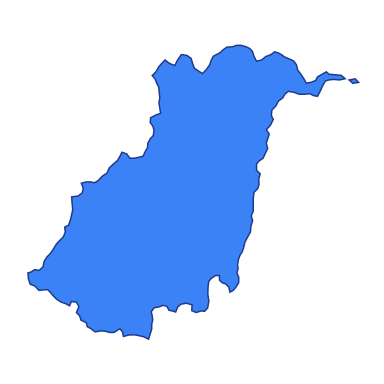 outline of Araponga, Minas Gerais, Brazil, rotated 185°
{"feature_id": "56859067B49785283687690", "entity_name": "Araponga", "entity_type": "district", "adm_level": 2, "iso_a3": "BRA", "parent_name": "Brazil", "parent_adm1": "Minas Gerais", "projection": "natural_earth1", "projection_center": [-42.51, -20.667], "detail": "fine", "context": "isolated", "style": "filled", "palette": "blue", "viewbox_px": 384, "rotation_deg": 185, "n_neighbors": 0, "source": "geoboundaries", "source_scale": "gbopen_adm2", "svg_char_len": 2993}
<svg xmlns="http://www.w3.org/2000/svg" viewBox="0 0 384 384"><g transform="rotate(185 192 192)"><path d="M313.0,71.0L308.0,69.7L304.1,68.0L302.6,72.3L297.6,72.3L294.7,68.0L296.6,61.8L293.1,58.8L291.4,54.6L286.0,52.6L284.5,48.6L281.0,47.2L276.3,44.2L271.1,45.6L266.6,45.8L261.9,44.9L257.4,45.3L251.9,49.6L249.1,46.6L247.7,42.1L242.4,44.1L236.5,44.7L231.8,44.2L227.5,43.6L222.4,41.6L221.4,46.6L220.2,51.7L220.6,56.5L220.0,61.1L220.8,65.1L222.2,69.2L219.5,73.4L214.6,74.7L211.0,76.6L207.1,75.9L204.5,72.1L201.1,71.8L197.8,71.0L196.2,76.2L193.2,79.3L188.0,80.7L182.1,79.6L181.9,73.8L177.4,72.3L172.4,74.4L169.1,74.2L166.3,77.8L165.7,84.7L167.4,91.9L167.7,98.6L167.6,104.3L165.1,107.8L161.3,110.8L157.5,111.2L156.8,106.5L154.0,104.2L150.4,103.3L147.1,100.5L145.5,95.6L142.4,97.5L139.7,101.4L137.6,105.7L138.0,111.2L140.3,115.4L139.4,119.6L140.3,123.4L139.9,128.6L138.7,133.1L136.9,136.5L135.7,141.0L134.9,146.7L132.7,151.9L130.3,157.2L130.3,163.1L129.1,168.8L130.9,173.3L129.3,178.4L129.8,184.0L130.4,190.9L130.2,197.1L126.8,201.2L125.9,205.3L126.6,210.6L125.7,216.1L129.5,219.1L130.2,225.3L128.0,228.7L124.2,231.7L122.0,237.8L120.4,241.8L122.3,247.2L121.0,252.5L120.1,256.4L123.4,260.5L119.7,265.4L117.4,271.3L119.6,275.0L119.6,280.5L116.0,285.0L113.8,290.2L109.8,293.6L107.9,297.7L104.8,300.7L99.2,300.2L93.6,298.7L87.3,299.4L82.9,300.2L79.7,298.7L75.4,298.2L73.2,303.2L70.9,309.7L68.7,314.3L64.6,315.8L60.4,316.5L54.9,316.5L49.3,318.2L53.5,321.2L60.1,321.3L65.6,321.2L68.7,323.4L72.7,320.6L77.0,317.6L78.5,313.9L82.6,311.8L87.5,310.3L90.9,315.2L94.2,319.3L97.4,322.7L99.1,327.9L102.2,331.4L107.2,333.2L111.3,334.5L114.5,336.4L117.6,337.9L121.7,338.9L125.7,335.5L130.3,333.4L134.1,329.6L139.1,327.9L142.1,332.6L144.1,337.4L147.0,340.0L150.6,341.3L155.5,342.4L160.4,342.0L164.1,340.2L169.8,339.4L173.6,336.2L176.0,333.4L178.9,331.5L182.6,329.1L184.5,324.4L185.4,320.5L188.1,315.6L191.9,310.9L196.1,313.1L200.3,315.4L202.5,319.8L204.5,325.0L208.8,327.6L214.6,328.0L218.0,321.9L220.0,316.7L223.3,317.3L226.7,318.7L230.3,321.2L233.9,316.8L236.0,313.8L238.4,308.6L241.8,304.5L238.6,301.5L236.5,297.0L234.3,293.6L233.4,288.5L232.3,283.3L232.7,277.8L231.4,272.8L230.1,267.6L234.4,265.7L239.7,262.4L239.7,257.6L236.6,254.0L235.2,249.9L235.5,244.8L238.1,241.6L240.2,237.0L240.2,232.2L242.2,228.1L243.8,223.4L248.1,221.9L252.6,220.6L256.8,220.2L260.4,224.3L265.3,225.5L266.8,221.4L268.9,217.0L272.7,213.1L276.5,208.8L278.4,203.3L282.6,200.1L286.6,195.1L289.9,192.7L294.2,193.2L298.3,192.8L303.0,191.1L300.6,186.2L301.3,181.5L305.3,178.0L311.5,176.7L310.5,170.7L309.3,164.1L309.8,159.6L310.6,153.9L312.0,148.3L315.8,145.9L314.7,141.0L316.3,136.0L319.2,132.6L322.7,128.1L324.6,124.1L327.6,118.5L330.9,114.6L333.3,109.9L333.8,104.6L337.3,100.6L342.2,100.9L345.2,98.3L348.4,97.1L347.4,91.3L345.1,86.0L340.4,84.7L335.9,80.6L331.0,81.7L327.2,82.1L324.5,79.8L321.5,76.8L317.8,73.6L313.0,71.0ZM45.2,317.3L41.3,314.3L35.6,315.7L39.3,319.0L45.2,317.3Z" fill="#3b82f6" stroke="#1e3a8a" stroke-width="1.5"/></g></svg>